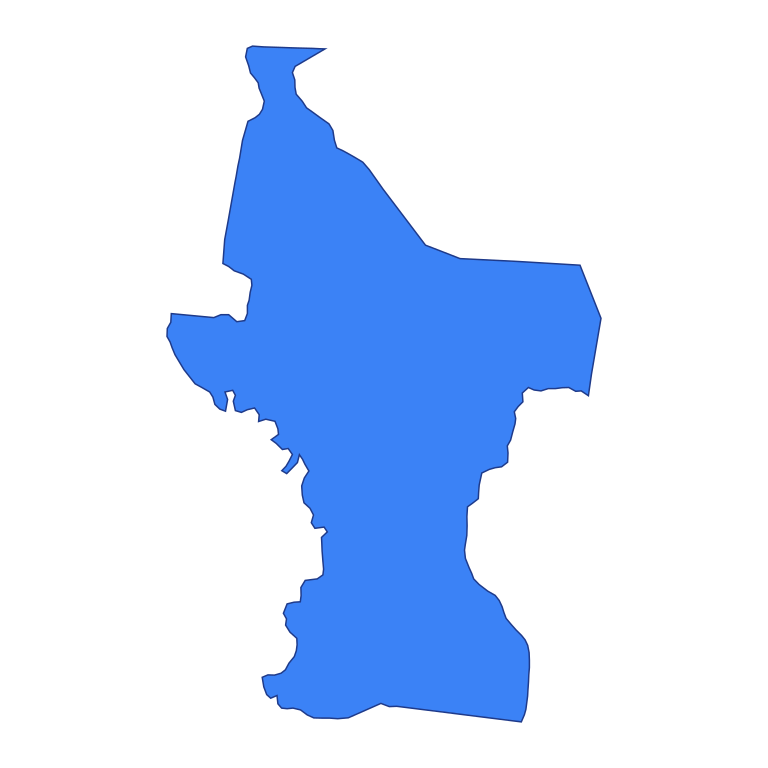 the district of Santo Amaro, Bahia, Brazil
{"feature_id": "56859067B18701352119559", "entity_name": "Santo Amaro", "entity_type": "district", "adm_level": 2, "iso_a3": "BRA", "parent_name": "Brazil", "parent_adm1": "Bahia", "projection": "orthographic", "projection_center": [-38.783, -12.548], "detail": "fine", "context": "isolated", "style": "filled", "palette": "blue", "viewbox_px": 768, "rotation_deg": 0, "n_neighbors": 0, "source": "geoboundaries", "source_scale": "gbopen_adm2", "svg_char_len": 2906}
<svg xmlns="http://www.w3.org/2000/svg" viewBox="0 0 768 768"><path d="M325.0,48.9L318.6,48.7L312.8,48.4L297.3,48.0L290.5,47.8L282.7,47.5L263.7,46.9L252.5,46.1L247.3,48.4L245.6,56.9L248.7,65.8L250.5,73.0L254.5,77.8L258.2,82.8L259.1,88.2L261.2,93.3L264.3,101.1L262.5,109.3L259.4,114.3L255.1,117.7L248.0,121.3L242.5,140.4L239.6,158.1L237.9,166.1L236.1,176.7L235.0,182.3L228.2,220.6L224.7,239.6L222.9,263.5L228.7,266.5L234.2,270.8L243.3,274.1L251.3,279.3L251.9,285.3L250.2,292.3L249.1,300.3L247.4,305.3L247.4,313.5L244.7,320.6L236.8,321.7L228.7,314.7L220.9,314.7L213.8,317.6L171.3,313.6L170.8,322.3L167.3,328.5L167.0,336.5L170.1,342.0L172.1,347.7L175.0,354.7L184.0,369.7L195.1,383.8L201.7,387.4L209.7,392.0L212.9,397.1L214.9,404.4L219.8,409.1L225.5,411.2L227.6,399.5L225.0,392.0L232.7,390.3L235.4,395.3L233.3,401.2L235.4,410.6L241.4,412.4L247.3,409.7L254.6,408.0L259.2,414.7L258.6,421.5L265.8,419.2L275.0,421.3L277.9,428.8L278.5,434.4L271.2,439.7L276.1,443.3L282.4,449.5L288.2,448.5L292.4,454.5L289.0,461.2L286.0,466.3L281.8,470.7L286.7,473.6L291.9,468.3L297.4,462.6L299.4,454.7L302.5,459.2L304.9,464.2L308.9,471.0L304.3,478.0L301.7,485.9L302.3,495.1L304.0,502.8L310.0,508.3L313.5,515.0L311.3,522.7L314.9,528.3L324.1,527.1L327.3,531.9L321.5,537.4L321.8,543.0L322.1,551.0L322.9,561.2L323.6,569.2L322.9,574.9L317.2,578.9L305.2,580.4L300.9,587.5L301.1,595.6L300.3,601.8L294.0,602.2L287.1,603.9L283.4,613.3L286.5,618.9L285.6,625.1L290.0,632.2L296.8,638.3L297.1,644.8L296.3,650.8L294.3,656.6L289.0,663.1L285.4,669.8L281.1,673.2L274.5,675.1L267.9,674.9L262.2,677.3L263.8,686.9L266.7,694.6L270.7,698.2L277.0,695.5L277.9,703.8L281.6,708.1L287.1,708.7L293.0,708.1L300.5,709.9L307.2,714.9L313.8,717.9L322.1,718.1L329.5,718.1L337.7,718.7L348.3,717.8L380.9,703.4L389.3,706.6L396.7,706.3L521.3,721.9L524.4,714.7L525.9,709.3L526.7,703.1L527.6,696.1L527.9,690.5L528.5,681.9L528.8,674.7L529.4,667.6L529.4,660.1L529.1,652.6L527.7,645.4L525.1,639.9L521.6,635.5L515.9,629.8L511.3,624.6L506.1,618.4L503.9,612.5L502.1,606.7L499.2,600.5L495.2,595.4L487.7,591.1L479.1,584.5L473.7,578.9L471.7,573.4L469.1,567.7L465.4,558.4L464.5,550.1L465.3,544.5L466.8,535.5L467.1,525.7L466.9,516.5L467.5,506.8L472.8,503.0L478.3,498.7L478.6,492.7L479.2,485.0L481.8,473.0L489.3,469.4L495.2,467.7L501.6,466.8L507.6,462.2L508.0,453.0L507.3,445.9L510.6,440.1L512.8,431.6L515.0,423.9L515.7,418.5L514.3,411.8L518.2,406.5L522.9,401.8L522.3,393.0L528.4,387.5L534.1,390.0L541.0,390.9L548.2,388.6L555.3,388.6L562.2,387.7L568.8,387.5L575.7,391.3L581.2,390.9L588.4,395.7L591.5,374.0L601.0,318.3L580.0,265.2L521.8,261.7L512.9,261.2L460.0,258.6L440.8,251.1L425.5,245.2L383.0,189.1L369.2,169.6L362.8,162.2L356.0,158.1L349.4,154.3L343.4,151.0L336.8,147.9L334.4,140.2L332.9,130.5L329.0,123.9L319.5,117.2L313.1,112.5L306.5,107.8L302.3,101.3L296.2,94.2L295.0,87.5L294.8,79.9L292.4,72.6L295.1,66.4L325.0,48.9Z" fill="#3b82f6" stroke="#1e3a8a" stroke-width="1.5"/></svg>